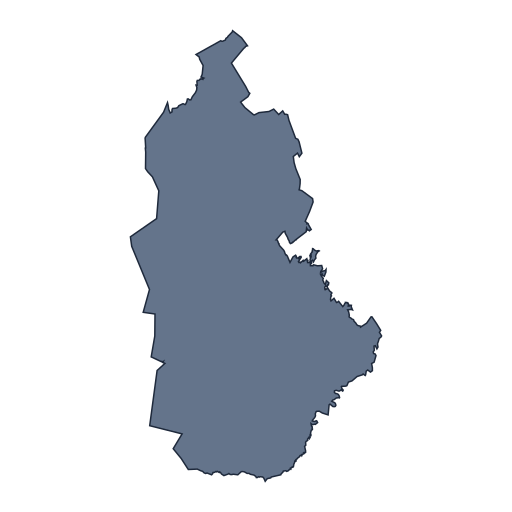 outline of Pinal de Amoles, Querétaro, Mexico
{"feature_id": "50627088B68767100251382", "entity_name": "Pinal de Amoles", "entity_type": "district", "adm_level": 2, "iso_a3": "MEX", "parent_name": "Mexico", "parent_adm1": "Querétaro", "projection": "equal_earth", "projection_center": [-99.535, 21.167], "detail": "fine", "context": "isolated", "style": "filled", "palette": "slate", "viewbox_px": 512, "rotation_deg": 0, "n_neighbors": 0, "source": "geoboundaries", "source_scale": "gbopen_adm2", "svg_char_len": 6088}
<svg xmlns="http://www.w3.org/2000/svg" viewBox="0 0 512 512"><path d="M147.8,171.9L152.4,176.8L158.8,190.8L156.6,218.6L130.4,236.8L131.7,246.3L149.5,289.5L143.2,312.3L155.0,314.0L154.8,336.0L151.2,356.9L161.2,361.6L161.8,361.4L162.3,362.2L163.2,361.6L162.8,362.4L164.9,363.4L157.1,370.5L149.7,425.7L182.1,433.9L173.2,448.7L181.2,458.5L188.3,469.5L197.3,469.1L200.6,470.7L202.7,471.4L204.0,472.8L205.7,473.5L207.0,473.0L211.6,474.8L212.7,473.6L213.0,472.5L214.7,472.3L216.0,471.4L216.7,471.9L217.5,471.4L219.2,472.5L219.6,471.9L220.5,472.5L221.5,474.0L223.9,475.6L228.3,474.0L228.9,473.5L230.2,474.5L231.9,474.6L233.1,474.2L237.8,474.8L241.1,471.8L242.0,471.5L244.3,471.8L247.1,473.4L249.2,473.4L250.3,474.3L253.8,475.0L255.9,476.5L256.3,477.6L257.2,477.6L258.6,476.7L259.3,477.1L260.1,476.7L262.7,477.0L263.8,478.1L265.2,481.3L267.3,478.6L270.7,477.9L271.3,477.0L280.8,474.8L281.2,473.8L282.9,472.2L283.3,471.1L285.8,470.7L286.7,471.4L288.4,470.7L289.2,469.7L289.9,469.5L290.3,468.4L290.9,468.9L291.1,467.9L292.2,466.9L292.6,467.3L293.4,466.8L293.9,463.9L294.7,462.3L294.7,461.2L295.1,460.8L295.7,461.2L296.1,461.0L295.9,459.6L297.2,458.8L297.4,458.3L299.5,456.7L300.0,455.6L300.6,455.6L301.4,454.8L301.8,455.6L302.3,454.5L303.9,453.7L303.5,452.9L304.1,452.4L304.8,452.9L305.6,452.4L305.6,450.8L304.6,446.4L305.8,445.2L305.6,442.3L306.3,441.2L306.9,441.0L307.8,440.2L307.5,439.2L308.4,438.0L309.2,438.6L309.2,437.2L310.1,437.5L310.1,435.1L310.9,435.4L310.9,434.3L310.5,433.3L311.3,430.2L312.3,429.7L312.5,429.0L312.1,428.5L312.3,426.9L311.5,426.1L311.1,423.7L312.4,424.7L314.7,424.2L315.3,424.4L317.6,422.6L316.8,421.0L316.2,420.7L314.9,421.5L312.3,421.0L312.5,420.2L314.8,417.4L315.5,415.8L315.3,413.8L316.1,411.7L316.8,411.3L319.3,411.2L322.3,413.0L328.1,414.9L329.1,404.8L330.0,404.1L332.8,406.5L334.2,406.7L335.3,406.4L335.9,405.2L335.3,403.3L334.5,402.6L331.8,401.3L332.7,400.1L334.3,399.5L336.3,398.0L338.8,397.7L339.4,397.9L339.6,397.5L339.0,395.5L338.3,394.4L336.8,393.6L335.6,393.5L334.4,392.4L334.5,390.8L336.2,390.3L339.0,391.1L339.7,390.9L341.3,389.8L342.5,391.1L342.8,391.0L343.2,390.1L341.8,388.4L341.4,386.5L341.6,386.3L345.2,386.2L346.7,385.8L347.0,385.4L348.4,382.1L352.0,380.9L357.1,376.5L362.4,374.8L363.1,374.0L365.2,375.5L365.6,374.9L366.2,371.2L367.7,370.0L370.5,372.1L372.4,370.7L372.4,367.8L371.6,363.5L374.1,362.2L376.0,355.6L375.2,354.0L373.6,353.5L373.2,351.9L374.3,350.3L374.0,346.1L375.3,345.7L376.9,348.9L378.0,347.0L377.6,344.9L377.6,343.2L378.2,341.9L379.2,338.5L381.2,336.8L381.6,335.9L379.4,332.3L380.7,330.4L376.6,323.7L371.9,316.8L371.0,316.9L366.6,323.2L360.6,327.1L360.6,326.2L357.8,325.5L356.8,324.7L355.7,322.9L354.0,321.2L353.8,320.2L353.4,319.6L351.6,318.8L351.0,318.1L349.3,317.2L349.1,316.6L349.3,315.2L348.7,312.0L347.6,309.8L350.3,309.6L350.7,309.3L352.5,309.9L351.2,306.7L351.4,305.3L350.0,305.2L349.2,306.1L348.2,306.0L348.7,304.6L348.4,303.8L347.5,303.5L347.7,302.9L347.3,302.9L347.0,302.5L345.4,302.4L345.4,302.9L344.6,303.8L344.1,305.0L342.8,306.6L338.6,301.3L337.7,302.1L336.5,302.5L334.0,298.3L331.0,300.9L330.5,299.6L330.8,296.7L331.5,295.9L330.8,294.8L331.9,293.0L331.7,292.6L329.7,291.1L327.6,287.8L327.0,288.8L325.4,289.6L325.4,289.0L324.9,289.1L324.7,287.3L325.3,286.4L326.4,286.1L327.5,287.6L327.2,286.5L327.4,285.3L327.7,284.8L328.4,284.9L328.8,282.8L326.4,280.6L325.3,284.6L323.7,282.6L323.7,281.9L322.7,280.1L323.3,278.4L321.4,276.1L320.6,274.4L322.1,273.9L322.5,275.1L324.3,276.2L325.9,272.1L326.0,269.5L325.2,270.6L322.9,271.1L320.6,272.5L320.7,271.6L322.6,268.8L321.7,265.5L317.5,265.8L313.6,264.8L313.1,265.2L313.0,265.7L310.4,265.7L310.3,263.5L310.9,263.8L311.5,263.4L311.7,262.4L311.0,261.5L310.8,261.7L310.9,261.4L312.5,260.2L313.5,261.9L314.5,259.8L315.9,258.2L315.6,256.2L316.1,254.4L317.9,251.7L319.2,250.9L318.8,250.6L317.3,250.8L316.9,251.2L314.7,250.2L313.1,248.7L312.6,248.6L312.5,250.0L312.1,251.4L312.3,251.8L310.5,254.1L311.0,254.7L309.9,255.4L310.2,256.9L310.8,255.8L311.1,255.9L311.2,256.6L310.1,259.3L310.1,260.2L310.5,261.9L310.2,261.6L308.7,262.6L307.6,262.6L307.7,260.8L307.3,261.0L307.2,260.6L307.6,260.3L307.1,260.0L306.8,258.7L303.4,261.4L303.1,261.3L303.0,260.5L300.7,262.6L300.6,262.2L300.0,262.1L299.1,262.6L298.4,261.7L301.2,257.3L301.0,256.5L299.8,256.5L298.6,257.5L298.4,257.8L298.8,258.3L299.3,258.3L299.3,258.9L299.0,258.9L297.5,257.9L296.5,258.0L296.1,257.1L296.4,256.7L296.3,256.3L295.6,255.2L293.0,256.9L290.0,262.4L287.3,256.0L286.5,255.0L286.1,255.2L285.0,253.5L284.5,251.7L283.7,250.2L279.7,245.8L278.8,244.0L279.0,243.7L278.2,242.7L278.0,241.6L277.0,239.8L276.2,239.8L282.8,232.1L284.9,231.3L285.3,233.4L287.5,237.3L288.3,239.6L289.1,240.7L289.4,242.2L290.4,243.6L290.8,243.5L292.0,242.9L292.5,242.3L292.7,242.5L295.3,240.1L296.4,239.6L297.0,239.9L296.2,239.4L306.2,231.7L306.6,228.0L307.9,230.2L309.0,230.1L309.4,230.8L311.2,229.5L308.2,224.2L308.3,223.9L307.6,223.2L307.0,223.5L307.1,223.1L305.2,221.3L309.6,211.4L313.1,202.0L312.6,198.6L301.9,190.7L299.1,189.8L299.5,188.4L300.1,183.6L300.2,179.5L295.8,168.6L294.1,162.6L293.3,156.5L297.5,153.1L299.3,156.7L301.9,153.2L299.1,141.9L297.9,139.3L295.6,138.3L289.0,120.5L287.6,114.7L285.9,114.2L284.7,114.3L282.7,110.9L278.7,114.5L273.7,109.1L269.0,111.5L259.0,112.6L254.4,114.9L253.5,114.7L244.9,107.6L240.6,102.1L247.9,96.7L249.8,93.3L248.7,92.4L245.7,86.5L231.4,63.1L243.7,48.4L245.0,47.4L245.5,46.4L247.5,45.8L241.5,37.7L232.6,30.7L232.2,32.0L228.0,36.3L227.5,37.3L225.9,38.4L225.4,40.0L222.5,41.3L221.5,41.2L220.8,40.7L196.0,54.5L199.2,57.0L199.7,59.3L203.1,65.5L202.2,74.3L201.0,77.0L203.9,78.1L203.3,78.5L202.9,79.4L201.8,78.7L200.8,79.3L200.3,78.9L199.0,80.4L197.3,80.4L196.9,81.4L197.2,85.1L196.0,85.1L196.9,87.5L196.6,90.1L195.4,92.7L192.4,96.6L190.9,99.8L189.6,99.9L188.3,98.9L187.4,99.0L186.8,101.7L185.6,104.2L185.1,104.6L183.4,103.8L182.7,103.8L178.8,105.7L177.6,107.6L175.9,108.2L172.5,108.5L172.0,109.8L172.0,111.9L170.2,113.0L168.7,109.3L168.2,105.6L167.5,102.6L163.6,112.2L145.4,137.2L145.1,138.1L145.7,148.0L145.3,148.1L145.7,152.2L145.5,168.6L147.8,171.9Z" fill="#64748b" stroke="#1e293b" stroke-width="1.5"/></svg>